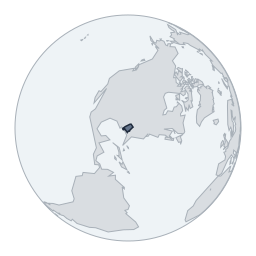 globe centered on Alabama, rotated 56°
{"feature_id": "USA-3541", "entity_name": "Alabama", "entity_type": "State", "adm_level": 1, "iso_a3": "USA", "parent_name": "United States of America", "parent_adm1": "", "projection": "orthographic", "projection_center": [-86.886, 32.617], "detail": "medium", "context": "on_globe", "style": "filled", "palette": "slate", "viewbox_px": 256, "rotation_deg": 56, "n_neighbors": 0, "source": "natural_earth", "source_scale": "10m", "svg_char_len": 9687}
<svg xmlns="http://www.w3.org/2000/svg" viewBox="0 0 256 256"><g transform="rotate(56 128 128)"><circle cx="128" cy="128" r="113" fill="#eef3f6" stroke="#a8b0b8"/><path d="M144.9,173.7L142.2,172.8L139.7,176.0L130.4,171.4L126.8,165.3L97.4,153.5L94.2,149.7L93.9,144.2L83.2,123.6L88.3,142.2L84.3,138.2L80.9,131.2L82.7,130.0L80.2,120.2L76.5,115.7L75.7,103.3L82.0,89.3L83.3,92.1L84.6,88.6L83.1,85.1L81.7,83.6L84.4,69.2L80.4,59.8L75.7,59.8L79.5,57.7L68.2,60.1L63.9,58.3L70.9,58.6L73.3,57.4L71.4,55.1L73.4,53.4L73.7,51.4L76.2,49.7L80.2,50.3L81.9,49.3L80.5,47.8L82.1,45.4L84.0,47.7L87.1,43.7L94.2,44.8L97.1,53.6L103.2,53.8L111.8,62.1L113.1,60.2L117.2,62.6L120.3,61.5L121.0,63.6L122.9,60.9L121.6,59.2L122.0,57.5L123.7,56.8L124.9,59.2L124.2,60.0L125.5,60.4L125.4,62.0L126.4,60.8L127.6,64.1L128.9,59.8L132.0,61.6L132.2,64.1L128.9,65.1L121.0,74.4L120.1,77.7L122.2,81.2L133.2,84.7L133.6,88.1L136.6,91.8L137.9,89.2L136.0,85.4L139.2,81.8L136.5,78.0L137.4,76.0L136.0,71.9L139.8,71.2L144.2,73.0L145.6,76.6L147.5,77.6L149.2,73.4L154.5,79.5L162.8,83.0L163.8,85.0L160.5,89.7L153.2,91.5L149.0,98.8L155.4,92.9L157.7,98.3L159.6,98.8L161.6,98.1L162.1,95.7L163.7,97.4L158.0,103.6L156.4,102.1L158.3,100.0L154.8,101.1L151.0,105.8L152.5,108.4L145.1,113.6L146.1,115.6L145.0,118.1L144.0,114.4L145.7,121.3L137.3,130.1L139.5,142.2L133.4,133.2L128.8,132.4L123.4,132.8L123.7,134.7L116.1,133.3L109.8,137.4L108.2,146.9L111.3,154.1L119.6,154.6L121.8,150.6L127.7,149.6L124.1,160.4L134.6,161.5L133.9,169.2L137.1,172.9L142.1,171.5L147.4,172.9L150.9,168.0L156.7,164.8L157.1,170.9L160.1,164.8L163.5,167.2L174.8,164.4L174.0,166.0L183.6,170.6L193.3,170.3L195.6,173.6L194.5,176.6L197.8,176.1L197.8,177.7L210.2,174.2L215.9,174.5L215.4,180.0L209.8,188.8L203.1,202.6L192.6,210.6L188.8,215.5L178.7,223.6L172.5,225.2L173.2,227.0L168.8,229.3L164.5,230.5L162.8,232.1L159.5,232.8L161.0,233.2L154.4,235.8L154.8,236.5L149.7,238.1L150.1,238.2L148.6,238.5L146.8,238.9L146.2,239.1L142.3,239.4L142.5,238.6L145.0,237.8L143.1,237.9L148.4,235.4L145.8,236.2L148.6,232.4L153.3,228.3L158.5,214.8L156.6,212.2L148.6,209.7L139.0,198.2L141.9,192.6L139.7,190.1L147.0,181.3L144.9,173.7ZM28.7,118.0L29.4,115.6L29.6,117.8L28.7,118.0ZM29.4,113.6L29.2,114.5L29.2,113.7L29.4,113.6ZM29.1,112.7L29.3,113.4L29.0,112.8L29.1,112.7ZM28.6,111.7L28.9,112.1L28.6,111.7ZM139.3,146.3L151.2,150.7L144.8,152.2L146.0,151.0L142.9,149.0L137.2,147.3L131.5,148.9L139.3,146.3ZM28.3,109.5L28.2,108.9L28.6,109.1L28.3,109.5ZM143.9,139.2L141.8,138.9L143.8,138.7L143.9,139.2ZM80.8,83.3L82.8,85.2L83.5,89.2L81.6,87.8L80.8,83.3ZM79.9,76.1L81.4,76.3L79.8,79.7L79.4,78.5L79.9,76.1ZM71.9,60.4L73.2,61.5L71.3,61.0L71.9,60.4ZM73.2,51.4L72.2,51.7L72.8,50.6L73.2,51.4ZM134.0,72.5L135.0,72.2L134.7,73.1L134.0,72.5ZM132.5,71.1L131.5,72.4L130.6,71.9L131.3,71.1L132.5,71.1ZM77.2,47.0L78.4,45.3L77.9,47.1L77.2,47.0ZM133.9,69.6L129.2,70.9L127.7,70.1L128.8,66.4L133.9,69.6ZM79.6,44.4L82.4,40.5L80.4,40.6L87.6,38.3L82.8,42.2L82.5,44.3L81.3,43.6L79.6,44.4ZM120.5,59.0L121.9,60.8L119.1,60.0L120.5,59.0ZM118.6,58.9L109.7,59.6L108.4,56.8L111.7,57.0L108.8,54.2L112.7,52.5L115.1,53.7L115.1,55.8L116.6,53.5L118.6,58.9ZM91.1,37.7L92.4,37.0L91.8,37.9L91.1,37.7ZM121.9,56.8L120.2,57.1L119.1,54.6L122.3,53.6L121.6,54.7L121.9,56.8ZM106.2,54.4L105.9,52.5L108.9,50.6L109.2,49.6L112.7,52.2L106.2,54.4ZM122.7,54.9L123.9,53.2L126.0,53.7L123.5,56.3L122.7,54.9ZM117.4,54.5L117.0,53.3L118.3,53.6L117.4,54.5ZM134.1,55.0L132.1,55.2L131.3,53.9L134.1,55.0ZM124.2,52.5L123.5,52.4L122.9,51.9L124.1,51.0L124.2,52.5ZM114.5,50.7L115.9,50.4L113.3,49.6L115.4,48.2L117.3,50.3L117.4,48.8L118.1,48.4L118.9,50.6L114.5,50.7ZM123.7,48.8L126.9,51.2L130.8,51.0L131.6,52.1L125.2,52.2L123.7,48.8ZM120.8,49.6L122.8,49.3L122.8,50.7L121.4,51.8L120.8,49.6ZM116.2,46.6L112.4,48.2L112.1,47.7L116.2,46.6ZM124.9,48.4L124.1,47.9L125.1,48.2L124.9,48.4ZM118.9,46.8L117.6,47.4L117.3,46.8L118.9,46.8ZM123.6,46.4L124.6,47.1L123.7,47.8L123.6,46.4ZM121.4,46.3L121.3,45.5L122.8,47.6L120.9,46.7L121.4,46.3ZM118.8,46.2L118.2,46.1L119.4,46.1L118.8,46.2ZM126.4,43.4L128.4,46.0L126.4,47.5L124.7,44.7L126.4,43.4ZM148.4,238.8L142.4,239.5L146.0,239.1L149.4,238.4L152.2,238.0L148.4,238.8ZM158.2,236.4L161.6,235.4L162.1,235.3L159.9,236.0L158.2,236.4ZM207.3,48.0L210.2,51.1L208.0,49.3L200.2,41.7L196.8,38.8L207.3,48.0ZM193.3,36.2L194.1,37.0L189.8,34.1L194.1,37.3L194.5,37.3L197.2,39.5L195.5,38.5L196.6,39.7L203.4,45.2L204.5,45.8L209.0,51.2L211.3,52.9L213.5,55.5L210.5,53.7L208.6,52.0L205.4,52.7L207.8,54.8L211.0,54.5L211.3,55.5L214.5,58.9L212.2,57.1L208.1,57.3L210.3,63.2L218.0,75.8L218.2,79.6L216.1,81.2L208.4,72.9L208.7,65.5L206.0,62.9L201.7,62.1L202.2,60.1L200.5,59.0L200.2,56.4L195.6,51.1L194.7,48.6L188.9,45.2L187.6,43.6L191.4,45.9L193.6,46.4L190.8,40.8L189.1,39.3L185.5,37.7L185.2,36.6L182.1,35.8L178.6,32.5L180.3,36.0L176.2,34.7L171.9,32.2L170.8,32.6L177.9,36.6L180.4,37.7L182.1,37.6L189.3,41.8L191.1,44.0L184.8,42.4L186.6,45.6L180.9,43.3L165.3,33.2L160.9,29.9L162.1,26.1L165.4,27.1L166.7,28.8L169.2,27.9L167.2,27.6L167.0,26.8L162.9,25.8L162.6,25.2L159.4,25.3L158.5,24.5L160.5,24.4L153.8,22.6L150.8,21.1L149.5,21.0L148.9,21.3L145.5,19.4L144.7,19.4L145.4,20.0L144.3,20.6L140.9,21.0L139.9,20.3L141.0,20.0L141.8,18.7L144.8,18.5L144.1,18.3L141.2,18.3L140.3,19.9L138.5,20.4L138.5,19.4L138.4,19.8L137.2,19.8L135.1,19.3L134.9,20.3L123.3,22.6L118.1,22.1L119.4,20.8L110.2,22.7L105.1,22.7L105.8,23.2L101.9,24.8L103.5,24.8L103.6,25.2L94.3,30.2L91.4,31.1L88.2,34.4L88.6,34.8L90.6,34.3L87.6,38.3L80.4,40.6L79.9,39.7L75.8,42.1L75.2,39.8L72.9,39.2L74.7,35.7L72.7,35.8L71.3,36.8L67.5,37.9L64.5,37.3L73.1,33.4L78.8,34.9L77.0,33.7L79.3,32.8L79.8,31.8L78.3,31.3L77.0,31.9L84.2,26.2L84.5,24.5L80.0,26.7L76.5,28.2L73.6,29.4L80.6,25.8L87.9,22.7L95.4,20.2L103.0,18.2L110.8,16.7L118.6,15.8L126.5,15.4L134.4,15.5L142.3,16.3L150.1,17.5L157.8,19.4L165.3,21.7L172.7,24.6L179.8,28.0L186.7,31.9L193.3,36.2ZM240.2,118.0L239.9,116.4L240.0,118.1L238.2,132.4L236.1,132.1L229.9,124.7L229.1,117.5L226.2,112.0L218.3,80.3L219.7,77.9L217.0,65.1L217.2,64.3L220.9,68.9L221.5,65.8L217.8,60.4L216.2,57.9L221.0,64.5L225.4,71.4L229.3,78.7L232.6,86.2L235.4,93.9L237.5,101.8L239.2,109.8L240.2,118.0ZM224.6,93.1L225.7,94.9L224.6,93.1ZM175.1,164.3L176.5,165.1L174.8,165.6L175.1,164.3ZM144.1,154.9L146.5,154.8L147.9,155.6L146.0,156.2L144.1,154.9ZM164.2,152.0L166.9,152.1L164.1,153.1L164.2,152.0ZM153.1,151.1L162.0,152.3L156.7,155.1L151.0,154.4L154.8,153.3L153.1,151.1ZM143.1,143.2L144.7,143.5L144.3,144.7L143.1,143.2ZM145.3,139.0L144.7,139.2L143.9,138.3L145.3,139.0ZM158.0,97.9L158.5,97.5L160.6,97.2L159.9,98.3L158.0,97.9ZM168.7,90.6L171.0,93.6L168.9,92.1L168.2,94.1L162.8,93.7L164.0,85.9L164.4,89.4L168.7,90.6ZM156.0,91.4L159.3,92.3L155.6,91.6L156.0,91.4ZM191.3,56.6L192.6,56.1L194.7,57.9L195.8,61.9L192.7,59.3L191.3,56.6ZM193.9,55.0L187.3,52.7L186.3,50.4L188.0,52.0L188.0,50.7L190.7,53.1L196.2,53.4L198.4,55.1L199.3,61.2L197.8,58.1L196.6,58.7L193.9,55.0ZM172.1,53.5L169.3,53.1L170.9,48.4L173.4,49.3L174.7,53.1L172.5,54.4L172.1,53.5ZM136.7,63.2L135.5,63.9L135.2,63.1L135.9,61.9L136.7,63.2ZM133.3,55.2L141.6,59.6L140.7,60.5L146.7,62.4L146.6,65.6L142.7,64.3L147.1,68.3L143.5,68.4L146.8,71.0L138.1,67.6L135.0,68.1L138.5,66.3L138.7,63.2L137.9,62.0L133.3,59.2L126.8,59.0L126.0,56.1L127.2,54.2L128.6,53.8L128.7,55.7L130.5,53.8L131.7,56.3L133.3,55.2ZM141.0,37.0L140.5,38.7L144.4,36.6L145.7,38.6L146.0,38.2L148.3,39.5L151.6,40.6L151.6,41.6L152.9,41.6L154.4,42.6L156.2,43.0L156.9,45.0L159.1,45.6L158.2,46.2L161.8,46.9L159.5,47.3L161.2,48.8L162.6,47.6L162.3,58.9L164.0,63.7L166.7,67.7L162.2,68.2L156.9,65.0L151.7,60.3L150.7,55.7L148.9,57.0L147.9,55.2L149.8,55.0L146.3,54.3L145.9,52.9L141.4,49.5L136.6,49.8L134.8,48.7L136.5,47.9L133.5,47.4L135.5,45.2L134.3,44.4L135.0,41.6L139.0,40.6L137.3,39.9L137.8,37.9L141.0,37.0ZM126.7,42.6L131.2,40.7L134.1,41.0L131.6,45.8L132.5,46.9L131.0,50.3L126.8,49.9L127.6,49.0L127.4,48.0L128.8,48.5L127.6,47.3L128.7,46.0L128.0,44.8L129.6,44.5L126.7,42.6ZM215.4,61.6L215.2,60.7L214.4,59.0L216.4,61.3L215.4,61.6ZM212.7,61.8L212.3,60.6L214.7,62.7L214.9,63.7L212.7,61.8ZM209.9,58.4L212.0,60.4L211.0,59.9L209.9,58.4ZM190.8,44.9L190.0,43.8L190.7,44.0L192.1,45.0L190.8,44.9ZM152.9,32.3L152.2,33.0L151.4,32.7L148.1,33.3L146.9,32.0L148.5,31.2L152.9,32.3ZM213.6,55.3L212.9,54.1L214.2,55.9L213.6,55.3ZM151.1,31.0L149.8,31.4L150.0,30.5L151.1,31.0ZM145.9,31.2L145.7,30.2L146.4,32.0L145.9,31.2ZM139.3,22.7L145.3,23.1L148.9,23.0L149.6,22.1L151.1,23.8L145.6,23.9L139.3,22.7ZM125.4,22.6L124.8,23.7L123.3,23.3L123.3,23.1L125.4,22.6ZM126.2,23.1L128.6,24.3L127.2,25.0L125.5,23.9L126.2,23.1ZM140.1,27.0L141.9,27.2L141.7,27.8L140.1,27.0ZM67.4,33.1L64.4,35.0L63.5,35.7L67.4,33.1ZM67.9,32.8L70.0,31.5L77.5,27.9L78.1,27.9L70.1,31.6L71.7,30.6L70.6,31.2L67.9,32.8ZM91.6,36.7L92.3,37.0L91.1,37.3L91.6,36.7ZM104.5,25.2L104.4,25.8L102.9,26.0L104.5,25.2ZM103.2,27.6L105.0,26.9L103.5,28.0L103.2,27.6ZM108.9,25.4L105.9,26.8L108.1,25.1L108.9,25.4Z" fill="#d9dde1" stroke="#a8b0b8" stroke-width="1"/><path d="M127.1,132.2L127.1,132.3L126.9,132.5L126.8,132.4L126.8,132.5L126.7,132.6L126.3,132.7L126.1,132.7L126.3,132.6L126.5,132.6L126.4,132.4L126.2,132.2L126.3,132.1L126.2,131.8L126.1,131.7L126.0,131.8L126.0,132.0L125.9,132.1L125.9,132.5L125.8,132.4L125.6,132.3L125.4,132.4L125.3,129.4L126.1,123.5L126.0,123.4L125.9,123.4L127.0,123.3L128.3,123.3L130.1,123.3L130.1,123.8L130.3,124.7L130.8,127.4L130.8,127.5L131.0,127.8L131.0,128.0L131.2,128.3L131.1,128.5L131.3,128.6L131.2,128.7L131.2,128.8L131.1,129.0L130.9,129.4L130.9,129.5L131.0,129.8L131.1,130.0L131.1,130.3L131.0,130.6L131.0,130.8L131.2,131.1L126.8,131.2L126.8,131.3L126.8,131.5L127.1,131.8L127.1,132.1L127.1,132.2ZM126.0,132.6L125.6,132.7L125.8,132.6L126.0,132.6L126.0,132.6ZM127.0,132.5L126.9,132.6L127.0,132.5Z" fill="#64748b" stroke="#1e293b" stroke-width="1.5"/></g></svg>